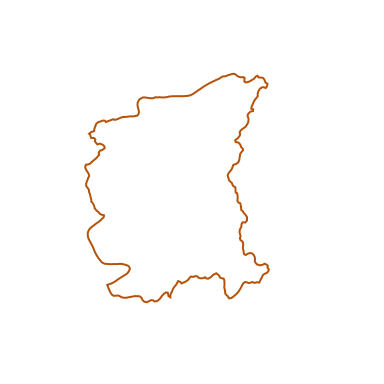 Carmo do Rio Claro, Minas Gerais, Brazil (Equal Earth projection), rotated 232°
{"feature_id": "56859067B34842563425627", "entity_name": "Carmo do Rio Claro", "entity_type": "district", "adm_level": 2, "iso_a3": "BRA", "parent_name": "Brazil", "parent_adm1": "Minas Gerais", "projection": "equal_earth", "projection_center": [-46.114, -20.993], "detail": "fine", "context": "isolated", "style": "outline", "palette": "amber", "viewbox_px": 384, "rotation_deg": 232, "n_neighbors": 0, "source": "geoboundaries", "source_scale": "gbopen_adm2", "svg_char_len": 5158}
<svg xmlns="http://www.w3.org/2000/svg" viewBox="0 0 384 384"><g transform="rotate(232 192 192)"><path d="M264.4,286.7L264.4,284.4L264.7,282.5L265.3,280.5L265.7,278.4L266.3,276.0L266.7,273.9L267.3,271.0L267.6,268.1L268.0,264.9L268.0,262.3L268.3,260.0L268.4,256.9L268.6,253.9L269.0,250.9L269.9,248.8L270.8,247.2L271.8,245.7L272.9,244.0L274.6,242.0L275.7,240.4L277.0,238.8L278.8,236.5L280.4,234.2L281.5,232.3L282.2,230.7L283.3,228.9L284.8,226.7L286.7,224.9L287.8,222.9L289.2,221.6L289.8,219.1L291.3,217.2L292.4,216.1L293.8,214.7L295.4,213.3L296.9,211.2L297.3,208.0L296.6,205.4L295.4,203.7L293.9,202.5L292.3,201.6L290.4,200.9L288.8,200.0L287.5,199.3L286.4,197.9L285.8,196.0L286.8,194.2L287.7,192.2L289.0,190.7L290.2,189.0L291.3,187.0L292.7,185.1L293.9,183.2L294.7,180.6L295.4,177.8L296.4,175.5L297.8,174.9L298.3,173.2L299.0,171.1L299.6,169.3L300.1,167.3L301.9,167.2L303.2,165.7L303.9,163.4L304.7,161.4L304.8,158.9L303.9,157.1L302.7,155.3L301.7,153.7L300.3,152.5L301.3,149.4L301.2,146.7L299.9,147.1L298.5,146.4L296.7,145.8L295.0,148.0L293.1,148.3L291.7,146.6L289.6,146.7L287.8,146.7L286.8,149.2L284.9,150.4L283.2,151.0L281.7,151.0L280.3,150.1L280.3,147.3L281.2,144.8L280.3,142.5L278.5,141.8L278.1,139.7L277.6,137.7L277.5,134.5L277.4,131.4L277.1,129.0L277.8,126.8L278.8,125.3L277.5,123.2L276.0,122.5L274.1,122.2L270.2,121.8L267.9,120.9L267.0,118.8L265.8,117.0L264.8,115.2L263.5,113.5L261.8,112.3L259.8,112.3L257.3,112.1L255.4,110.9L254.0,110.5L252.3,109.9L250.8,109.1L249.1,108.5L247.5,107.6L246.2,106.7L244.4,106.9L242.8,106.7L240.9,106.2L239.1,105.3L237.1,105.3L235.1,105.6L233.3,106.0L231.4,106.0L229.6,106.9L227.9,108.3L226.5,107.0L226.3,104.8L226.0,102.8L226.0,100.7L226.1,97.4L226.2,93.8L226.2,91.0L226.0,88.7L225.2,86.7L224.3,85.1L222.7,83.7L220.6,82.3L218.6,81.7L217.2,81.4L215.8,81.1L214.3,80.9L212.4,80.6L210.6,80.2L209.2,79.9L207.6,79.5L205.5,78.8L203.6,78.4L201.2,77.9L198.8,77.7L196.9,77.6L194.9,77.6L192.9,77.6L191.4,77.9L189.4,78.9L187.6,80.7L186.4,82.1L185.1,83.5L184.1,85.0L183.0,86.5L181.9,87.8L180.7,89.5L179.8,90.9L178.4,92.5L177.0,93.7L175.1,95.1L173.5,96.1L171.7,96.5L169.9,95.9L168.5,93.8L167.8,91.3L167.7,89.4L168.0,87.0L168.4,83.7L168.7,80.4L168.8,76.7L169.2,73.9L169.6,71.9L170.4,69.9L170.9,67.9L168.9,67.4L167.3,66.9L165.4,66.4L162.9,65.8L160.2,65.7L158.4,66.4L157.1,68.2L155.9,70.1L154.3,71.0L153.0,71.4L151.6,72.3L149.9,74.0L148.7,75.9L147.7,78.0L146.3,80.6L145.1,83.0L143.9,84.3L143.0,85.6L141.7,86.7L139.6,87.0L137.2,86.5L134.9,86.9L133.0,88.4L132.5,90.6L132.0,93.2L130.7,94.6L128.8,95.1L127.6,97.1L127.5,100.0L127.9,102.2L128.7,104.4L129.1,107.2L128.9,109.7L127.6,110.9L126.0,110.2L124.5,109.4L122.4,110.1L123.7,111.1L125.0,112.8L125.9,115.0L127.1,116.9L127.9,118.8L128.3,120.9L128.9,123.0L130.4,126.2L128.2,127.5L126.3,127.6L125.9,129.4L125.3,131.9L125.2,135.1L125.9,137.3L126.0,139.2L124.5,140.5L123.3,143.4L121.7,144.4L120.3,144.4L118.8,145.5L117.3,147.6L116.7,149.9L115.2,150.0L113.7,151.4L113.3,154.8L113.7,157.5L113.0,161.1L110.6,161.7L108.9,161.9L107.5,161.3L105.9,162.2L104.3,163.6L102.5,163.1L100.9,162.0L99.5,161.0L98.1,159.7L96.7,158.5L95.1,157.9L93.2,156.8L91.5,155.7L89.5,155.7L88.0,156.0L85.4,155.7L84.2,157.8L84.1,160.1L84.2,162.9L84.6,166.2L85.2,168.3L85.9,170.3L86.9,172.6L87.7,174.2L88.5,176.1L88.4,178.5L86.9,179.7L85.3,180.6L84.5,182.5L83.7,184.3L81.9,185.2L81.0,187.5L79.2,189.2L80.8,192.3L81.7,194.5L82.9,196.6L82.8,198.9L82.2,201.1L82.5,203.2L83.7,204.9L86.0,205.0L87.4,206.4L88.9,206.0L90.7,205.2L91.2,202.8L92.3,200.5L94.8,198.7L97.1,198.5L98.9,198.9L100.5,200.5L102.4,201.5L104.1,201.8L106.6,201.6L108.2,200.1L109.0,198.2L109.3,195.5L110.9,194.8L112.5,195.5L114.3,196.6L115.7,197.1L117.3,198.2L118.5,199.6L119.7,200.3L121.2,201.2L122.7,201.1L124.3,200.6L126.0,201.2L127.3,203.1L129.4,204.0L131.1,204.7L132.3,205.9L133.3,207.4L134.3,209.6L136.0,211.0L137.0,213.1L135.1,215.3L135.7,217.8L137.4,219.2L138.7,220.0L140.8,220.1L143.4,219.9L145.7,220.2L147.6,219.8L149.4,221.0L151.6,222.3L153.5,223.1L155.1,222.1L157.2,222.4L158.8,224.0L161.1,225.7L163.1,226.8L164.6,226.1L165.9,226.9L167.3,227.9L169.2,229.1L171.1,228.2L173.0,228.4L174.6,229.0L176.5,228.6L178.5,228.4L180.0,229.1L181.5,229.6L183.1,230.3L184.3,232.2L184.9,234.9L185.5,237.3L186.5,239.0L187.9,241.3L187.0,243.8L186.8,246.5L188.1,249.0L189.5,250.3L190.8,251.8L192.4,253.5L193.0,255.7L193.5,257.8L194.9,258.7L197.0,258.4L199.2,259.1L201.4,259.2L203.0,258.6L204.4,257.2L206.2,257.8L206.2,261.4L207.0,264.3L208.0,265.6L209.5,266.1L210.4,267.8L210.7,269.9L210.6,271.8L210.4,274.2L211.3,277.1L212.5,279.4L214.2,281.1L215.7,282.0L217.5,282.4L218.7,283.7L219.2,285.9L219.3,287.8L218.2,289.9L219.5,291.1L221.1,290.0L222.4,291.3L223.2,292.9L224.4,294.9L225.4,296.9L226.3,299.7L226.9,302.6L228.8,304.1L230.6,306.4L231.6,309.2L231.3,311.8L230.1,313.3L228.6,314.1L229.0,315.9L230.7,318.1L233.1,317.3L234.7,317.8L236.4,318.3L238.4,318.1L240.0,316.5L241.3,315.0L243.3,315.2L243.7,313.2L243.1,311.0L243.3,308.4L243.8,305.0L245.0,302.0L246.7,301.2L248.1,302.3L249.3,303.6L250.8,303.3L252.0,301.5L253.5,300.1L255.3,299.2L257.7,298.7L259.2,298.0L260.2,296.4L261.1,294.3L262.0,291.6L262.8,289.3L264.4,286.7Z" fill="none" stroke="#b45309" stroke-width="2"/></g></svg>